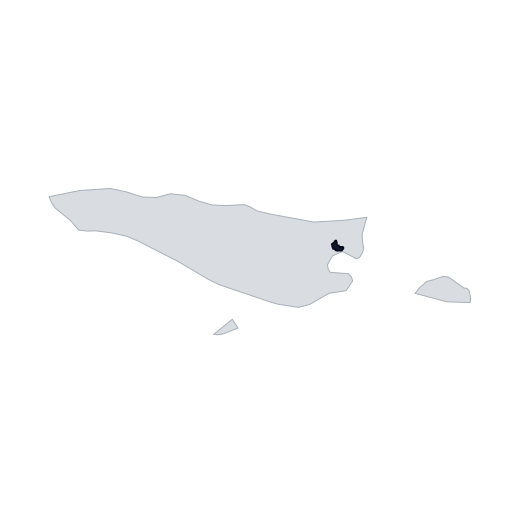 Fatululic, Cova Lima, East Timor (highlighted), rotated 210°
{"feature_id": "22284137B33809863123080", "entity_name": "Fatululic", "entity_type": "district", "adm_level": 2, "iso_a3": "TLS", "parent_name": "East Timor", "parent_adm1": "Cova Lima", "projection": "mercator", "projection_center": [125.158, -9.205], "detail": "fine", "context": "in_parent", "style": "filled", "palette": "ink", "viewbox_px": 512, "rotation_deg": 210, "n_neighbors": 0, "source": "geoboundaries", "source_scale": "gbopen_adm2", "svg_char_len": 3162}
<svg xmlns="http://www.w3.org/2000/svg" viewBox="0 0 512 512"><g transform="rotate(210 256 256)"><path d="M179.4,344.9L175.0,328.0L170.3,320.8L166.6,316.7L165.4,311.5L165.6,306.2L167.8,303.8L183.5,303.1L189.8,294.4L189.7,284.0L186.6,280.5L183.5,279.0L167.2,286.8L162.6,285.4L159.8,282.6L160.7,271.0L174.1,260.2L185.5,240.6L193.5,232.8L212.1,225.5L219.6,223.5L273.7,212.7L286.6,211.9L320.9,212.3L366.8,209.9L378.1,208.4L392.9,203.7L407.1,197.8L414.6,193.2L422.6,189.8L434.4,194.0L454.4,197.2L459.8,200.0L464.8,203.9L441.5,224.5L416.0,241.6L400.3,246.7L384.0,250.2L371.6,256.8L361.1,267.2L347.8,273.0L332.7,275.0L319.8,278.1L308.1,284.1L291.9,294.6L285.3,295.6L278.3,295.4L264.8,299.4L222.9,314.3L197.6,330.9L179.4,344.9ZM47.2,322.8L67.9,311.7L99.5,303.2L98.7,309.4L95.5,319.3L90.7,323.9L83.5,332.2L78.7,334.0L59.8,332.2L57.4,333.4L54.1,332.5L49.3,327.2L47.2,322.8ZM253.4,167.1L244.9,189.3L235.6,184.6L245.5,172.1L250.2,168.4L253.4,167.1Z" fill="#d9dde1" stroke="#a8b0b8" stroke-width="1"/><path d="M193.0,301.1L192.9,301.2L192.7,301.0L192.7,300.9L192.5,301.0L192.4,301.0L192.2,301.0L191.9,301.0L191.7,301.0L191.4,301.0L191.2,301.0L190.9,301.0L190.8,300.9L190.7,300.9L190.6,301.0L190.4,301.0L190.4,300.9L190.2,300.8L189.9,300.8L189.7,300.7L189.5,300.8L189.4,300.8L189.2,300.8L188.9,300.9L188.9,301.0L188.7,301.1L188.4,301.1L188.2,301.2L187.9,301.2L187.7,301.3L187.7,301.6L187.6,301.8L187.4,301.8L187.2,301.9L187.1,302.0L186.9,302.1L186.7,302.2L186.5,302.3L186.4,302.3L186.3,302.5L186.2,302.5L185.9,302.6L185.7,302.6L185.5,302.8L185.4,302.8L185.2,303.0L184.9,303.2L184.8,303.3L184.7,303.3L184.5,303.5L184.4,303.5L184.3,303.8L184.3,304.1L184.3,304.3L184.2,304.5L184.2,304.8L184.2,305.0L184.1,305.3L184.1,305.5L184.0,305.8L183.9,305.9L183.9,306.0L184.0,306.3L184.1,306.5L184.3,306.7L184.5,307.0L184.6,307.3L184.8,307.3L185.0,307.3L185.3,307.2L185.5,307.2L185.9,307.2L186.0,307.2L186.3,307.0L186.4,306.9L186.6,306.7L186.8,306.5L186.9,306.3L187.0,306.2L187.2,305.9L187.3,305.8L187.5,305.8L187.8,305.9L187.9,306.0L188.0,306.2L188.4,306.2L188.5,306.2L188.8,306.2L189.0,306.2L189.3,306.1L189.5,306.1L189.7,306.3L189.8,306.5L189.9,306.4L190.0,306.4L190.3,306.3L190.5,306.2L190.9,306.2L191.0,306.2L191.3,306.2L191.5,306.2L191.6,306.3L191.9,306.5L192.0,306.6L192.1,306.8L192.1,307.0L192.2,307.3L192.3,307.3L192.3,307.5L192.4,307.8L192.5,307.9L192.5,308.0L192.8,308.1L193.0,308.2L193.1,308.3L193.3,308.5L193.4,308.8L193.5,308.8L193.7,309.0L193.8,309.0L194.0,309.2L194.0,309.3L194.3,309.4L194.3,309.5L194.5,309.5L194.6,309.4L194.8,309.3L194.8,309.2L195.0,309.0L195.0,308.9L195.1,308.7L195.2,308.4L195.3,308.3L195.4,308.2L195.4,307.9L195.3,307.7L195.2,307.7L195.2,307.3L195.2,307.2L195.2,306.9L195.2,306.7L195.3,306.6L195.4,306.3L195.5,306.2L195.6,305.9L195.8,305.7L195.9,305.4L195.9,305.2L196.0,304.9L196.2,304.7L195.9,304.5L195.9,304.4L196.0,304.2L196.1,303.9L196.1,303.7L195.9,303.6L195.7,303.5L195.7,303.4L195.6,303.2L195.4,303.1L195.1,302.9L194.9,302.7L194.9,302.4L194.8,302.2L194.7,302.2L194.4,302.0L194.2,302.0L194.2,301.9L194.1,301.7L193.9,301.6L193.7,301.4L193.4,301.3L193.3,301.2L193.2,301.2L193.0,301.1Z" fill="#0f172a" stroke="#020617" stroke-width="1.5"/></g></svg>